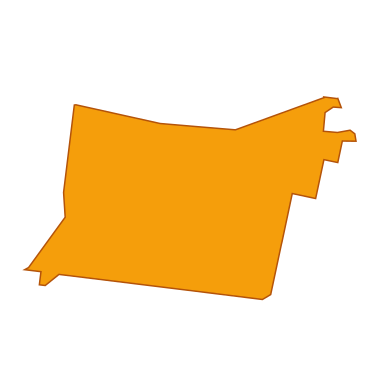 71, Umm Salal, Qatar, rotated 277°
{"feature_id": "91078587B67880775667160", "entity_name": "71", "entity_type": "district", "adm_level": 2, "iso_a3": "QAT", "parent_name": "Qatar", "parent_adm1": "Umm Salal", "projection": "orthographic", "projection_center": [51.367, 25.463], "detail": "fine", "context": "isolated", "style": "filled", "palette": "amber", "viewbox_px": 384, "rotation_deg": 277, "n_neighbors": 0, "source": "geoboundaries", "source_scale": "gbopen_adm2", "svg_char_len": 640}
<svg xmlns="http://www.w3.org/2000/svg" viewBox="0 0 384 384"><g transform="rotate(277 192 192)"><path d="M302.7,325.3L302.4,324.8L302.4,311.3L301.8,311.6L279.7,268.2L259.0,227.5L257.5,189.5L256.1,152.0L259.2,119.8L264.4,66.2L264.0,64.6L240.5,64.6L175.9,64.6L151.5,69.2L97.1,39.0L94.5,35.4L94.5,40.7L94.5,51.8L81.3,51.8L81.3,57.7L94.0,70.0L94.0,173.6L94.0,195.0L93.9,275.0L99.8,282.6L151.0,287.1L153.5,287.4L202.7,291.7L200.6,315.5L240.2,319.0L239.0,333.1L260.9,335.0L262.4,348.6L269.6,346.5L272.6,341.4L268.8,329.1L268.3,315.0L287.1,314.4L293.5,321.8L293.9,329.9L302.7,325.3Z" fill="#f59e0b" stroke="#b45309" stroke-width="1.5"/></g></svg>